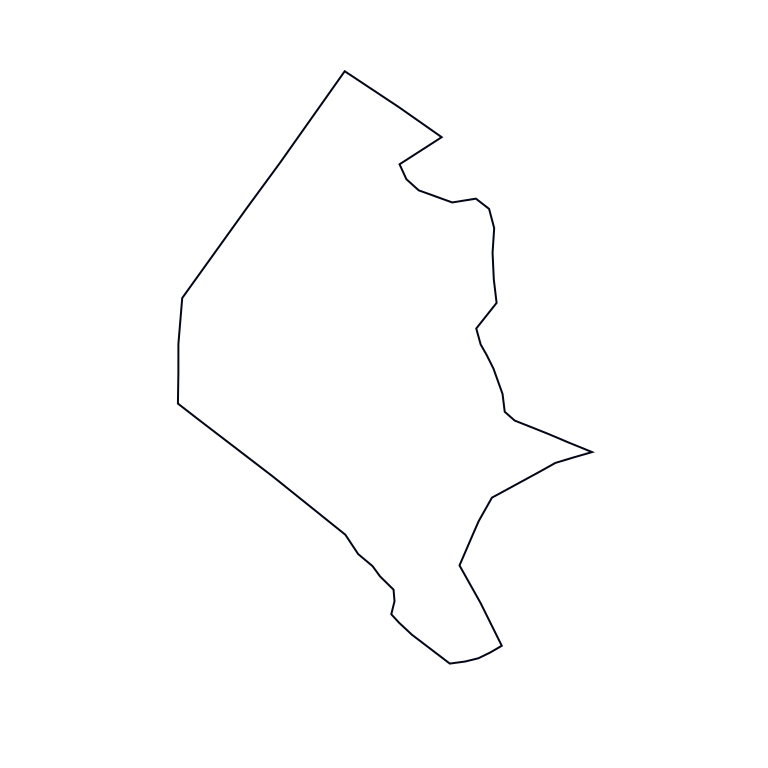 outline of Cupira, Pernambuco, Brazil, rotated 57°
{"feature_id": "56859067B27698814663708", "entity_name": "Cupira", "entity_type": "district", "adm_level": 2, "iso_a3": "BRA", "parent_name": "Brazil", "parent_adm1": "Pernambuco", "projection": "mercator", "projection_center": [-35.912, -8.583], "detail": "fine", "context": "isolated", "style": "outline", "palette": "ink", "viewbox_px": 768, "rotation_deg": 57, "n_neighbors": 0, "source": "geoboundaries", "source_scale": "gbopen_adm2", "svg_char_len": 813}
<svg xmlns="http://www.w3.org/2000/svg" viewBox="0 0 768 768"><g transform="rotate(57 384 384)"><path d="M208.4,201.2L159.8,220.8L100.3,246.6L142.1,351.4L161.7,403.2L202.0,506.4L238.4,534.6L263.0,550.6L288.2,567.5L309.5,560.1L401.1,527.6L489.4,498.5L512.6,498.3L530.5,492.8L543.3,492.1L561.7,488.0L571.9,493.5L581.1,503.3L592.4,501.4L609.6,497.1L654.3,481.1L660.9,467.2L665.4,454.3L667.0,441.4L667.7,427.8L620.3,422.3L577.3,419.5L559.1,392.2L550.6,379.3L538.1,355.4L542.3,301.7L543.5,283.3L548.7,265.4L554.4,246.6L534.3,260.6L514.5,274.0L485.9,294.3L473.1,297.9L456.9,290.0L430.6,283.8L415.5,282.1L403.5,281.4L387.7,276.4L377.3,245.4L356.0,234.9L333.1,221.5L313.3,206.7L294.4,200.5L278.6,206.0L268.9,227.9L240.5,249.4L224.5,253.7L208.2,251.3L208.4,201.2Z" fill="none" stroke="#020617" stroke-width="2"/></g></svg>